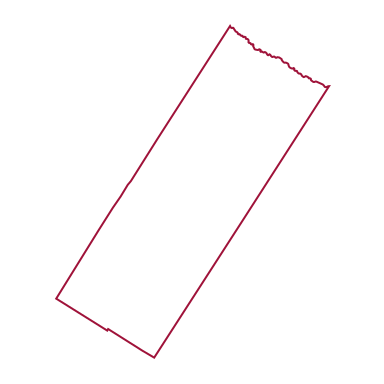 Marshall, Minnesota, United States of America (Albers equal-area conic projection), rotated 123°
{"feature_id": "52423323B67799781771195", "entity_name": "Marshall", "entity_type": "district", "adm_level": 2, "iso_a3": "USA", "parent_name": "United States of America", "parent_adm1": "Minnesota", "projection": "albers", "projection_center": [-97.048, 48.358], "detail": "fine", "context": "isolated", "style": "outline", "palette": "rose", "viewbox_px": 384, "rotation_deg": 123, "n_neighbors": 0, "source": "geoboundaries", "source_scale": "gbopen_adm2", "svg_char_len": 2082}
<svg xmlns="http://www.w3.org/2000/svg" viewBox="0 0 384 384"><g transform="rotate(123 192 192)"><path d="M355.4,247.8L354.4,187.6L352.6,187.7L352.1,147.0L351.5,133.5L189.0,134.0L28.6,134.7L28.9,135.1L29.3,135.5L30.5,136.2L31.2,136.9L31.5,137.7L31.4,138.3L30.9,139.3L30.6,140.9L31.6,147.4L31.7,147.9L32.0,148.5L33.2,149.4L33.6,150.2L33.5,152.7L33.3,153.2L32.5,153.8L32.3,154.2L32.4,155.0L32.7,155.3L33.0,155.8L32.9,156.3L32.5,156.6L32.5,158.0L32.7,159.0L32.9,159.7L34.5,160.6L34.8,160.9L34.8,162.0L34.6,163.3L33.9,164.3L33.8,164.8L33.8,165.8L33.9,166.1L34.3,166.5L34.5,167.2L34.3,168.3L34.1,168.9L33.4,169.7L33.5,170.1L33.7,170.9L34.2,171.4L34.2,172.1L33.9,172.8L32.9,173.3L32.7,173.6L32.8,174.4L33.6,174.7L34.2,176.0L34.3,177.6L34.2,178.4L33.3,179.9L32.5,180.6L32.2,181.1L32.1,181.5L32.2,183.1L32.5,184.0L33.1,184.7L33.3,185.2L33.3,185.8L32.8,187.7L32.4,188.6L31.9,189.0L31.7,189.4L31.7,190.0L31.7,192.2L32.5,193.9L33.3,194.2L33.7,194.7L33.8,195.1L33.6,196.1L33.7,197.0L35.0,198.1L35.1,198.5L34.9,199.8L34.3,201.1L34.3,202.0L34.6,202.2L35.1,202.2L35.8,202.6L35.9,202.9L35.8,203.6L35.4,204.5L35.1,204.8L35.0,205.2L34.8,206.1L34.9,206.9L35.1,207.3L35.9,207.7L36.1,208.1L36.1,209.8L36.9,210.5L37.0,210.7L36.9,211.1L36.7,211.4L35.9,211.4L35.6,211.7L35.5,212.2L35.6,213.2L35.9,213.5L36.3,213.5L37.0,214.0L37.9,216.1L38.1,216.8L38.1,217.3L36.5,219.9L36.3,220.2L35.3,220.5L34.9,221.1L34.9,221.5L35.1,221.8L35.6,221.9L35.9,222.5L35.9,223.2L35.4,223.8L35.4,224.1L35.5,224.6L35.8,225.2L35.9,225.5L35.7,226.1L35.4,226.4L34.6,226.6L33.6,227.7L33.5,228.1L33.5,228.9L34.1,230.0L34.1,230.4L33.3,231.0L33.0,231.3L33.1,232.2L33.4,232.7L34.0,233.1L34.1,233.4L34.0,234.0L33.7,234.3L33.6,235.0L33.7,235.4L34.1,235.6L34.2,236.2L34.2,236.8L33.8,237.4L33.8,238.3L34.4,238.9L34.3,239.8L33.7,240.2L33.5,240.7L33.4,241.3L33.6,242.9L32.9,244.2L32.9,244.5L31.9,246.5L31.9,247.0L32.2,247.4L32.6,247.6L32.8,247.9L32.9,248.7L32.9,249.1L32.7,249.5L32.1,250.3L32.0,250.5L166.4,249.9L216.2,249.2L220.9,249.8L234.6,249.4L248.2,249.8L274.6,249.5L355.4,247.8Z" fill="none" stroke="#9f1239" stroke-width="2"/></g></svg>